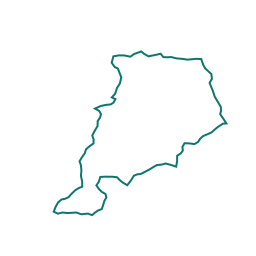 Alto Caparaó, Minas Gerais, Brazil (Albers equal-area conic projection), rotated 343°
{"feature_id": "56859067B94764678616767", "entity_name": "Alto Caparaó", "entity_type": "district", "adm_level": 2, "iso_a3": "BRA", "parent_name": "Brazil", "parent_adm1": "Minas Gerais", "projection": "albers", "projection_center": [-41.878, -20.458], "detail": "fine", "context": "isolated", "style": "outline", "palette": "teal", "viewbox_px": 256, "rotation_deg": 343, "n_neighbors": 0, "source": "geoboundaries", "source_scale": "gbopen_adm2", "svg_char_len": 1642}
<svg xmlns="http://www.w3.org/2000/svg" viewBox="0 0 256 256"><g transform="rotate(343 128 128)"><path d="M177.4,66.3L173.3,65.9L168.6,65.5L165.1,61.8L163.0,58.6L159.4,58.9L155.6,59.0L151.1,60.5L145.6,57.5L140.6,55.9L135.0,55.2L131.5,60.8L133.1,65.7L135.7,68.2L136.0,72.6L136.4,77.5L133.3,83.0L129.2,86.5L125.7,91.5L121.5,94.0L124.4,96.7L121.7,99.4L118.4,100.4L113.5,99.4L108.0,99.0L102.1,99.8L105.4,103.2L106.2,106.9L104.3,109.9L101.1,112.4L99.4,117.3L95.3,121.0L91.6,124.8L91.8,128.8L90.5,132.7L85.6,134.3L81.6,136.1L79.3,139.5L75.3,142.6L71.9,145.7L72.1,149.7L71.0,155.1L69.0,160.0L68.5,166.0L67.0,170.8L63.5,171.0L59.1,172.2L53.9,174.9L50.9,176.8L46.9,177.3L43.5,176.9L39.3,178.8L35.4,182.6L32.5,186.3L35.9,189.4L40.8,189.7L45.1,191.6L49.2,192.6L53.6,193.6L58.3,196.9L64.6,198.1L68.1,200.8L71.8,199.2L75.3,198.1L79.1,197.9L81.6,194.6L84.1,190.8L87.0,188.1L87.2,184.5L84.4,181.6L82.4,178.0L81.0,173.6L84.4,170.9L87.2,166.7L92.3,168.0L98.4,169.9L103.0,171.8L105.0,175.7L107.3,178.9L110.6,182.5L115.5,179.0L119.6,175.4L123.2,175.0L126.5,175.7L131.2,174.9L137.0,173.8L140.6,172.8L144.9,171.9L149.1,172.8L153.7,173.0L158.3,175.9L162.7,179.0L165.2,174.3L166.9,168.9L171.1,167.7L173.9,165.5L174.5,162.0L177.6,159.1L182.5,160.8L186.8,162.8L191.0,161.8L193.9,159.3L197.4,157.7L206.4,156.7L210.3,154.9L214.0,153.4L220.0,151.6L223.4,152.4L221.9,147.1L220.2,141.8L222.2,138.3L222.9,134.7L220.1,123.4L220.0,117.5L219.2,108.7L222.6,105.6L223.5,100.8L219.2,93.6L218.4,89.3L218.2,83.5L213.4,81.8L209.6,81.0L204.8,80.0L200.7,78.0L194.5,75.5L190.1,72.8L186.0,71.8L182.5,70.5L180.9,66.5L177.4,66.3Z" fill="none" stroke="#0f766e" stroke-width="2"/></g></svg>